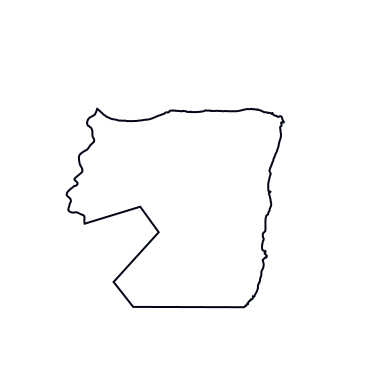 Gros Piton, Soufrière, Saint Lucia, rotated 143°
{"feature_id": "8701671B60383917462580", "entity_name": "Gros Piton", "entity_type": "district", "adm_level": 2, "iso_a3": "LCA", "parent_name": "Saint Lucia", "parent_adm1": "Soufrière", "projection": "mercator", "projection_center": [-61.071, 13.808], "detail": "fine", "context": "isolated", "style": "outline", "palette": "ink", "viewbox_px": 384, "rotation_deg": 143, "n_neighbors": 0, "source": "geoboundaries", "source_scale": "gbopen_adm2", "svg_char_len": 5539}
<svg xmlns="http://www.w3.org/2000/svg" viewBox="0 0 384 384"><g transform="rotate(143 192 192)"><path d="M308.1,135.6L219.8,68.7L218.9,68.8L218.5,68.7L217.8,69.0L217.4,68.6L217.1,68.5L216.1,69.2L215.4,69.5L215.0,69.4L214.8,69.3L215.0,68.9L214.8,68.8L214.5,69.0L214.2,69.4L214.2,69.6L213.0,70.2L212.2,70.3L211.5,70.4L210.9,70.4L210.5,70.2L210.3,70.4L210.1,70.7L209.6,70.8L209.4,70.7L208.6,70.3L208.0,70.3L207.7,70.4L207.1,71.0L206.7,71.4L206.7,70.9L206.3,70.9L206.0,71.4L205.7,71.6L205.0,71.3L204.5,71.3L204.4,71.6L203.8,71.9L200.6,73.3L199.6,73.8L198.7,74.6L198.1,74.8L197.4,75.4L197.0,75.6L196.3,76.9L195.8,77.4L195.2,77.9L194.5,78.2L194.2,78.4L194.0,78.8L193.4,79.1L192.9,79.1L192.6,79.3L192.1,79.4L190.6,80.9L190.3,81.3L189.2,82.1L188.7,82.6L187.6,83.1L186.4,84.2L185.5,85.4L184.8,86.3L183.7,87.1L181.9,88.0L180.8,88.6L179.9,89.3L178.2,91.1L177.7,92.2L177.4,92.8L176.7,94.6L176.7,94.8L176.2,95.2L173.6,95.5L173.1,95.7L172.7,95.6L172.5,95.1L172.0,95.0L170.9,95.6L170.6,96.3L170.8,97.1L170.7,98.7L171.0,99.0L170.7,99.7L169.6,99.8L169.1,100.1L168.9,100.7L169.2,101.1L170.1,101.9L170.2,102.1L170.5,102.8L170.5,103.4L170.3,104.3L169.4,105.6L168.5,106.9L168.1,107.3L167.5,107.7L165.0,110.1L163.8,110.5L163.5,110.8L162.8,111.7L162.6,112.5L162.5,113.3L161.7,114.6L160.7,115.8L160.2,116.2L159.4,116.4L157.7,116.5L157.0,116.7L156.0,117.8L154.5,119.6L153.3,121.3L152.4,122.5L150.9,124.6L150.3,125.1L149.3,126.4L148.0,127.5L146.5,128.5L145.7,128.4L145.0,128.3L144.3,128.6L143.8,129.4L141.0,130.7L140.2,131.6L138.6,132.6L137.1,133.4L135.9,134.8L135.2,136.4L134.8,137.1L133.9,138.6L133.4,139.6L131.7,143.9L131.3,144.7L130.9,145.1L130.8,145.3L130.4,145.1L129.8,144.7L129.4,144.9L129.2,145.1L129.4,145.5L130.0,146.2L130.1,146.9L130.0,147.4L127.9,150.4L126.7,152.0L125.3,153.5L122.0,156.3L121.1,157.1L119.7,158.1L118.4,159.0L118.0,159.5L117.7,161.3L117.4,162.1L117.0,162.8L115.7,163.5L115.0,164.2L113.0,165.2L110.2,167.1L109.1,167.7L108.3,168.0L107.2,169.2L104.9,170.4L102.9,171.8L100.6,172.9L99.3,173.7L97.7,174.9L96.1,175.9L94.7,177.1L94.0,177.8L93.6,178.2L93.1,178.5L92.2,179.4L91.4,179.9L88.6,181.9L87.9,182.5L85.9,184.9L85.5,186.0L84.2,188.0L83.5,189.4L82.4,190.9L81.8,190.9L81.1,190.9L80.5,191.1L79.7,192.5L79.5,193.2L79.1,193.6L78.8,193.8L78.2,193.5L77.7,192.8L77.0,192.4L76.8,192.4L76.5,192.6L76.3,194.9L75.3,197.4L75.2,198.0L75.3,198.7L75.6,199.2L76.1,199.5L76.3,199.6L77.1,199.8L78.1,200.2L78.6,201.2L78.5,201.5L78.9,202.2L79.7,203.0L80.3,204.1L80.8,205.8L80.3,206.0L80.1,206.2L80.2,206.6L80.5,206.8L80.9,206.9L81.4,206.7L81.5,207.1L81.7,207.6L82.0,208.1L83.0,209.1L83.5,209.2L83.8,209.5L84.2,210.3L84.5,210.8L85.6,211.6L86.5,212.6L87.6,214.8L89.6,218.0L90.2,218.7L90.5,218.5L91.3,219.2L92.1,220.3L92.5,221.0L93.2,221.1L93.7,221.5L94.2,222.1L94.4,222.3L94.4,222.6L95.1,222.8L96.2,223.6L97.1,224.2L97.8,224.9L99.7,225.9L102.1,226.9L102.2,227.0L104.8,228.1L107.3,229.4L108.2,229.9L108.8,230.4L109.3,230.9L110.0,231.3L110.6,231.9L111.1,232.1L113.1,233.6L115.6,235.7L117.3,237.1L117.8,237.4L118.9,237.9L119.3,238.6L120.3,239.5L121.4,240.2L121.9,240.7L122.8,241.4L123.7,242.3L125.3,243.1L126.4,243.9L126.6,244.1L127.0,244.7L127.6,245.0L128.1,245.4L128.4,245.6L128.6,246.2L129.1,246.5L130.5,247.6L131.9,248.7L132.1,249.1L132.8,249.2L133.5,249.3L133.9,249.5L135.5,250.2L137.1,251.1L138.7,252.1L139.9,252.9L143.4,255.4L144.4,256.3L144.7,256.5L144.7,256.8L144.9,257.2L145.9,257.3L146.3,257.7L147.2,258.7L147.9,259.1L148.5,260.5L149.7,261.4L150.7,262.5L151.5,262.5L151.9,262.9L154.7,265.5L155.6,266.2L156.1,266.8L156.7,267.0L157.3,268.0L158.6,268.7L158.9,268.8L159.1,269.2L160.1,269.9L160.9,270.2L161.6,270.0L161.7,269.8L162.1,269.7L163.5,270.1L164.1,270.8L164.4,271.0L165.2,271.3L165.7,271.4L166.4,271.3L167.0,271.2L169.4,272.0L170.1,272.2L171.7,272.6L172.3,273.0L174.7,273.5L176.0,274.0L177.5,274.2L179.2,274.7L180.1,275.0L181.0,275.3L182.2,275.7L183.4,276.3L185.5,277.6L187.2,278.6L187.3,278.6L189.0,279.5L189.7,279.8L190.3,280.3L192.3,281.4L192.5,281.6L193.1,281.8L193.9,282.4L196.3,284.0L196.9,284.6L198.3,285.4L200.1,287.0L201.1,287.6L202.2,288.9L203.0,289.6L204.5,290.7L205.2,291.2L205.7,291.8L206.7,292.6L207.2,292.8L209.2,295.5L209.9,296.2L210.6,297.0L210.9,297.3L211.8,298.2L212.0,298.6L212.7,299.4L213.8,301.6L214.2,302.3L214.6,302.9L215.1,304.4L215.6,306.0L216.0,307.0L216.2,307.3L216.1,308.0L216.6,310.6L217.1,313.1L217.5,315.3L217.6,315.5L220.8,313.4L222.7,312.4L224.2,312.3L225.7,312.5L228.3,312.9L229.9,312.9L231.6,312.4L233.5,311.1L234.7,309.6L235.2,308.0L234.6,306.3L234.3,305.1L234.0,304.2L234.2,302.5L234.8,300.7L235.6,299.6L237.0,297.8L238.0,296.0L238.2,295.1L238.3,293.8L238.8,292.5L239.7,291.3L240.9,291.0L245.2,290.5L247.0,289.9L247.6,289.6L249.4,289.1L250.6,289.0L253.8,289.5L257.7,289.6L259.1,289.3L260.3,288.9L261.2,287.9L261.5,287.7L261.7,287.4L263.0,285.4L263.9,283.8L264.8,282.1L264.9,280.8L265.3,280.3L265.4,277.9L265.9,276.4L266.5,275.2L267.1,274.5L268.0,274.1L269.1,273.9L273.6,273.7L276.7,273.5L278.1,273.1L278.5,272.4L278.2,270.7L277.9,268.7L278.0,268.1L278.6,267.3L280.1,266.8L280.7,266.8L281.5,267.3L282.9,267.7L283.1,267.5L287.6,267.5L289.7,267.2L291.2,267.0L292.7,266.3L293.6,265.4L293.9,264.8L294.0,263.6L293.8,262.7L293.3,261.1L293.3,259.4L294.0,257.9L294.8,257.0L296.3,256.5L299.1,254.2L300.6,253.2L301.6,252.1L301.7,250.7L301.1,249.1L300.3,247.9L298.3,246.4L296.9,245.7L295.7,244.4L294.7,242.3L293.7,240.3L292.9,239.2L292.5,237.8L293.0,236.7L293.6,235.8L295.6,233.5L296.2,232.6L296.8,231.3L242.2,211.4L242.8,179.9L308.8,167.3L308.7,165.1L308.1,135.6Z" fill="none" stroke="#020617" stroke-width="2"/></g></svg>